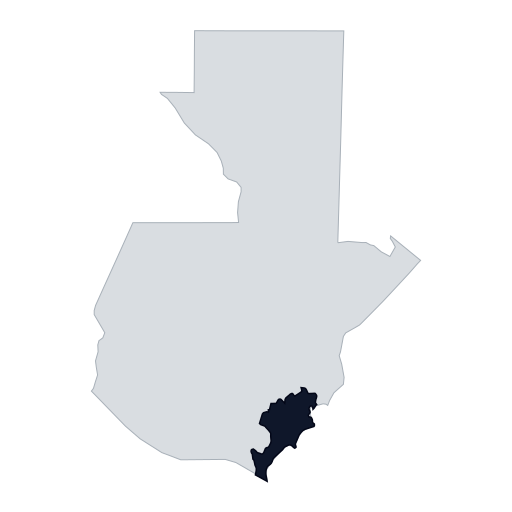 Jutiapa on a map of Guatemala (Equal Earth projection)
{"feature_id": "GTM-1962", "entity_name": "Jutiapa", "entity_type": "Department", "adm_level": 1, "iso_a3": "GTM", "parent_name": "Guatemala", "parent_adm1": "", "projection": "equal_earth", "projection_center": [-89.89, 14.155], "detail": "fine", "context": "in_parent", "style": "filled", "palette": "ink", "viewbox_px": 512, "rotation_deg": 0, "n_neighbors": 0, "source": "natural_earth", "source_scale": "10m", "svg_char_len": 3682}
<svg xmlns="http://www.w3.org/2000/svg" viewBox="0 0 512 512"><path d="M91.4,391.1L93.5,388.3L95.4,381.8L97.6,375.0L96.3,367.2L95.5,360.9L98.1,351.8L97.8,344.9L99.0,340.6L102.8,337.9L104.8,332.7L94.2,314.6L94.2,310.5L95.6,305.4L104.3,286.1L114.7,263.2L126.1,237.9L132.9,222.7L157.7,222.7L174.1,222.7L195.0,222.7L217.6,222.6L232.5,222.6L238.6,222.5L237.6,212.6L238.4,201.7L241.1,191.8L241.1,187.4L236.7,182.0L228.1,178.9L223.4,174.2L223.3,168.2L221.3,161.0L217.1,152.5L208.5,143.8L195.4,134.9L184.3,123.0L175.2,108.0L167.4,98.4L161.5,94.4L160.1,92.3L177.6,92.4L194.1,92.6L194.3,71.2L194.4,52.2L194.6,30.7L224.5,30.8L260.3,30.8L297.5,30.8L326.6,30.9L343.8,30.9L343.0,57.5L342.1,88.4L341.5,111.1L340.7,141.4L339.8,172.4L338.6,214.7L337.8,242.1L338.2,242.7L348.0,241.4L362.4,242.6L366.0,242.5L370.4,244.9L373.8,245.6L381.2,251.8L389.9,256.5L395.3,247.0L392.4,241.4L390.3,238.5L390.6,235.9L420.6,260.4L417.1,264.1L409.5,272.8L395.7,287.7L383.3,301.0L371.4,313.1L360.6,324.0L359.4,325.1L345.7,332.9L343.4,336.4L340.5,351.8L339.2,355.7L341.7,364.2L344.1,377.4L343.4,384.3L333.9,392.8L329.6,400.5L327.7,405.4L326.0,404.2L323.1,403.8L316.3,405.7L313.1,406.1L310.3,408.3L310.1,413.1L311.9,420.8L312.5,424.8L310.6,426.6L302.3,431.3L299.0,435.9L295.9,443.0L292.2,446.0L288.4,445.4L285.7,446.5L280.0,451.8L271.3,462.1L266.6,469.8L266.5,475.6L267.4,480.7L235.8,462.5L225.2,459.4L180.8,459.8L161.8,452.6L140.1,438.8L125.5,426.2L91.4,391.1Z" fill="#d9dde1" stroke="#a8b0b8" stroke-width="1"/><path d="M296.0,446.5L296.0,447.3L294.8,448.2L293.6,447.5L291.5,445.4L290.0,444.9L288.8,445.0L285.1,446.8L284.2,447.5L282.5,449.8L274.6,457.1L273.3,458.5L272.6,460.1L272.1,461.7L271.3,463.2L270.3,464.3L268.1,465.9L267.1,467.2L266.4,468.8L266.0,470.5L265.8,472.3L265.8,474.1L267.1,481.3L255.4,474.9L255.7,473.4L256.2,470.7L256.3,468.7L256.2,468.1L256.1,467.6L255.0,465.1L254.2,461.2L253.9,460.3L253.7,459.8L253.3,459.5L253.1,459.4L253.0,459.2L252.9,458.9L252.3,454.3L252.2,453.9L251.7,453.3L251.5,452.9L251.2,452.0L251.1,451.6L251.1,451.1L251.2,450.4L251.3,450.0L251.8,449.5L253.3,449.0L255.6,450.7L257.2,452.5L257.7,452.7L260.9,453.7L261.7,454.2L262.1,454.1L262.3,454.1L263.6,452.9L264.9,449.8L265.4,448.5L265.7,448.2L266.2,447.9L267.1,447.5L268.2,447.3L268.4,447.2L268.9,446.5L270.3,443.8L270.8,442.6L271.0,441.6L271.1,441.0L271.1,440.6L270.7,436.2L270.8,433.8L270.4,432.7L268.4,430.1L265.9,427.4L265.3,426.6L265.0,426.3L264.5,426.0L260.7,424.6L259.5,423.5L262.4,414.0L263.5,412.7L266.6,411.8L267.5,411.9L267.9,412.1L268.3,412.3L268.5,412.2L268.6,411.9L268.3,409.8L269.5,409.6L271.0,403.5L276.2,403.4L278.1,400.0L278.5,399.5L278.7,399.4L279.0,399.2L279.6,399.1L280.0,399.1L280.3,399.1L280.5,399.2L280.8,399.3L281.0,399.4L284.7,403.2L285.1,399.4L285.8,398.0L287.5,396.5L289.1,395.2L290.4,394.0L292.0,393.4L292.6,393.6L292.9,393.9L293.2,394.3L293.7,395.1L294.6,396.0L294.8,396.1L299.9,392.8L301.7,391.5L301.8,391.1L301.7,390.0L301.1,387.6L304.4,388.0L305.5,388.5L306.2,389.5L306.7,390.4L307.1,391.4L308.0,393.2L308.3,393.5L308.6,393.6L314.8,393.3L315.3,393.5L316.5,395.2L316.7,395.9L316.7,396.4L316.6,397.0L316.2,398.5L315.9,399.3L315.7,400.3L315.5,401.6L315.4,402.2L315.4,402.6L315.5,402.8L315.6,403.0L316.7,404.6L316.1,405.0L314.1,408.2L313.0,409.3L312.7,407.2L311.8,406.0L310.6,405.9L309.5,407.0L308.9,408.8L309.3,410.0L309.9,411.1L310.1,412.4L309.6,413.5L308.8,414.3L308.3,415.2L308.8,416.8L310.5,417.1L311.1,417.4L311.6,418.0L311.8,418.4L312.3,419.6L312.4,420.1L312.5,421.8L312.7,422.5L313.1,423.0L314.1,423.7L314.4,424.1L314.4,425.8L313.9,426.5L305.0,429.3L302.8,430.6L300.8,432.7L299.1,435.0L295.6,443.2L295.4,444.1L295.5,444.9L296.0,446.5Z" fill="#0f172a" stroke="#020617" stroke-width="1.5"/></svg>